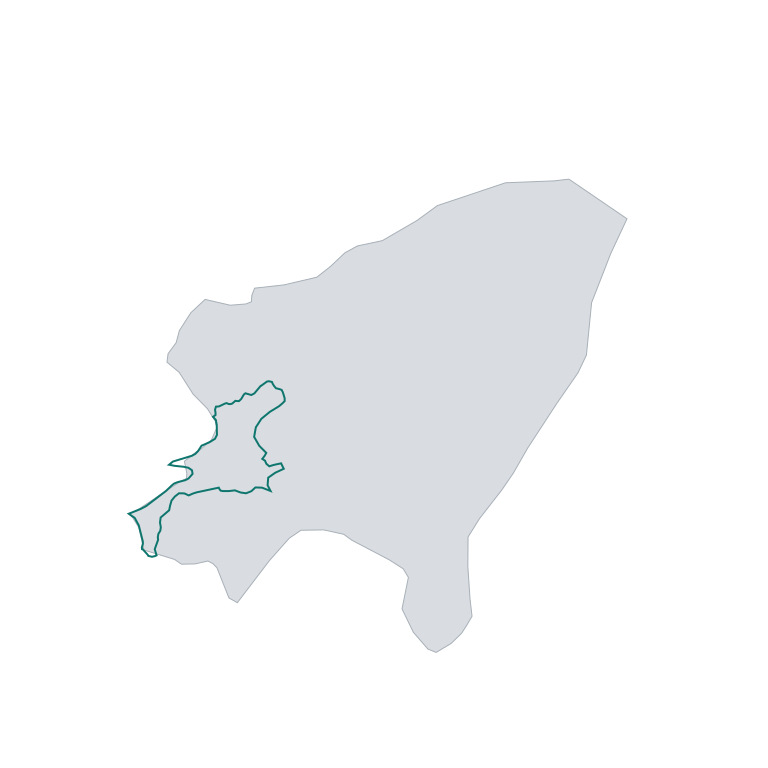 location of Muyinga within Burundi, rotated 213°
{"feature_id": "BDI-2644", "entity_name": "Muyinga", "entity_type": "Province", "adm_level": 1, "iso_a3": "BDI", "parent_name": "Burundi", "parent_adm1": "", "projection": "robinson", "projection_center": [30.357, -2.724], "detail": "fine", "context": "in_parent", "style": "outline", "palette": "teal", "viewbox_px": 768, "rotation_deg": 213, "n_neighbors": 0, "source": "natural_earth", "source_scale": "10m", "svg_char_len": 2580}
<svg xmlns="http://www.w3.org/2000/svg" viewBox="0 0 768 768"><g transform="rotate(213 384 384)"><path d="M527.2,136.1L522.8,142.7L502.3,190.1L498.3,197.2L500.6,201.6L509.3,210.5L504.2,225.5L502.1,229.5L498.3,243.4L500.4,256.2L505.3,260.9L518.6,267.1L538.5,271.5L562.0,282.2L577.9,284.1L581.6,291.8L580.8,305.5L584.7,317.4L584.8,338.7L580.1,357.5L555.9,366.3L543.4,375.9L540.0,380.7L543.1,386.3L544.7,393.9L521.9,412.6L498.5,437.0L492.9,453.5L488.2,472.9L481.4,485.4L463.5,503.3L445.3,539.3L436.4,562.7L391.7,618.9L352.1,646.9L340.5,656.5L270.2,654.9L264.9,617.0L254.2,565.3L230.0,518.5L227.4,499.0L228.5,461.3L228.6,408.4L227.0,379.9L227.5,359.1L230.6,323.0L230.2,301.5L214.3,276.6L194.5,250.2L183.7,237.2L183.2,226.7L183.2,217.1L186.4,203.0L194.1,187.3L202.8,185.6L224.2,191.8L246.4,205.2L258.2,235.1L267.2,239.5L283.6,239.4L325.6,235.5L336.0,236.0L355.1,228.8L374.0,216.1L379.5,203.0L383.9,173.7L387.9,120.7L397.5,120.1L424.0,138.9L429.7,140.2L435.3,139.6L444.5,130.2L455.7,122.6L464.1,122.8L494.8,114.0L511.3,130.0L521.7,134.9L527.2,136.1Z" fill="#d9dde1" stroke="#a8b0b8" stroke-width="1"/><path d="M488.1,111.5L489.2,112.1L496.3,114.0L497.0,113.7L498.1,115.1L499.2,118.7L500.5,120.6L512.7,131.9L520.1,135.9L527.4,136.2L520.0,146.7L517.0,152.1L508.6,175.5L506.7,183.5L505.8,186.2L503.6,189.3L498.3,195.1L496.5,198.2L495.6,204.4L498.1,207.1L502.4,207.2L507.1,205.4L515.1,201.3L520.3,199.2L518.8,204.0L506.0,219.2L504.2,222.6L503.4,226.5L503.4,232.9L498.5,240.4L495.9,246.0L496.4,250.4L502.0,258.6L505.4,262.2L509.5,263.4L508.4,266.2L509.7,268.2L511.7,270.4L512.6,273.5L510.2,275.3L506.7,281.0L505.5,282.3L503.4,282.6L501.7,283.6L500.6,285.0L499.5,288.9L497.9,289.7L496.3,290.7L495.6,293.6L495.8,298.9L495.2,300.7L489.3,302.5L487.6,305.5L486.4,315.3L486.1,315.5L483.5,322.3L482.1,323.6L479.1,324.7L477.5,323.6L475.4,322.6L472.3,321.6L469.5,322.6L466.7,323.3L464.4,322.0L459.7,318.1L458.0,315.6L458.8,311.9L459.9,308.3L464.6,298.4L467.9,288.0L467.9,277.9L464.1,268.9L454.9,264.2L445.2,262.1L445.0,258.5L445.3,254.9L442.1,254.9L439.2,253.0L435.4,252.5L432.2,256.3L427.1,261.4L421.9,258.3L426.9,250.3L430.1,242.4L426.5,235.7L420.9,232.5L429.9,230.6L435.5,227.2L436.9,221.8L440.2,217.2L445.2,214.9L451.1,213.6L455.8,209.7L460.7,206.5L462.9,205.6L464.7,206.2L466.1,207.1L482.1,191.1L484.7,187.9L487.1,184.2L491.9,183.5L496.4,180.7L498.1,175.8L498.7,170.5L497.1,165.3L495.4,161.1L498.6,150.4L496.4,145.8L493.1,142.2L491.7,139.1L491.6,135.4L490.3,132.4L488.6,130.3L486.3,120.6L481.4,116.4L482.3,115.0L484.5,112.7L488.1,111.5Z" fill="none" stroke="#0f766e" stroke-width="2"/></g></svg>